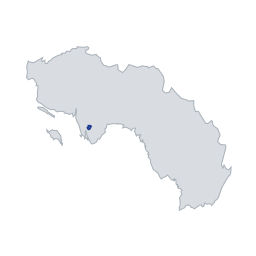 location of Upplands-Bro, Stockholm, Sweden, rotated 95°
{"feature_id": "70781695B36454711221889", "entity_name": "Upplands-Bro", "entity_type": "district", "adm_level": 2, "iso_a3": "SWE", "parent_name": "Sweden", "parent_adm1": "Stockholm", "projection": "robinson", "projection_center": [17.683, 59.545], "detail": "fine", "context": "in_parent", "style": "filled", "palette": "blue", "viewbox_px": 256, "rotation_deg": 95, "n_neighbors": 0, "source": "geoboundaries", "source_scale": "gbopen_adm2", "svg_char_len": 4400}
<svg xmlns="http://www.w3.org/2000/svg" viewBox="0 0 256 256"><g transform="rotate(95 128 128)"><path d="M53.5,174.9L54.4,176.9L56.6,176.7L57.5,175.2L58.7,170.8L57.5,165.9L59.4,164.2L60.7,161.6L63.7,160.8L67.6,157.7L68.1,154.6L69.1,152.4L66.1,145.5L65.9,143.8L70.9,142.9L73.2,138.3L69.9,135.4L64.7,132.6L66.8,123.8L64.8,119.1L65.1,117.1L64.9,114.0L66.3,112.7L63.9,108.2L66.5,105.1L66.1,103.5L73.6,97.2L78.5,96.0L87.3,97.0L89.5,94.5L89.7,93.1L88.9,90.0L84.0,88.1L89.6,82.5L93.9,77.2L94.9,72.0L95.9,69.9L95.0,64.9L100.7,64.3L105.8,62.3L105.2,59.5L116.5,51.1L116.8,49.6L116.0,48.2L113.4,45.6L114.2,44.4L117.2,43.8L118.6,42.6L120.9,38.7L127.0,35.6L133.6,37.6L136.5,34.1L136.4,29.3L138.8,28.8L156.6,31.8L159.6,30.0L156.5,29.1L159.5,27.1L160.4,25.9L160.7,24.5L160.5,23.7L158.0,21.9L163.6,21.7L166.7,22.6L167.0,23.6L179.2,29.4L188.9,31.7L191.7,33.3L192.7,35.1L194.2,35.2L196.1,36.8L197.9,37.8L196.5,39.0L196.6,41.6L197.1,42.8L196.2,45.1L199.4,45.7L200.0,47.1L198.3,48.5L198.6,50.0L202.8,54.8L201.8,56.3L201.6,58.2L199.8,59.7L199.5,61.1L199.9,63.0L200.6,64.0L202.4,64.6L205.5,69.7L202.5,70.0L200.1,69.3L194.8,70.0L193.4,70.7L189.2,68.7L186.9,69.8L185.3,68.8L184.0,70.5L183.7,72.8L181.8,72.6L182.5,73.4L179.9,73.7L179.7,74.1L180.3,74.7L179.5,75.3L175.9,75.6L175.4,76.3L176.5,77.2L176.5,77.8L174.1,76.9L175.8,78.6L176.1,79.8L171.2,84.6L172.9,85.9L174.3,88.7L175.8,90.0L175.2,91.3L170.1,94.4L167.2,99.2L160.7,102.4L157.3,103.2L155.1,105.5L152.5,104.8L152.4,106.1L150.7,105.3L149.3,107.3L147.0,109.0L144.4,108.7L144.1,109.0L144.9,109.5L141.9,110.0L141.0,111.7L138.8,112.2L138.5,112.8L140.7,112.9L140.3,114.3L137.7,115.1L136.8,116.0L135.7,116.0L135.9,115.3L134.2,115.3L133.7,114.5L133.3,114.7L134.5,117.1L133.6,118.0L135.2,118.9L130.6,121.3L127.8,120.4L127.4,121.1L128.0,123.1L130.4,124.6L128.9,125.7L127.3,130.3L128.4,133.2L125.2,132.6L125.4,133.6L124.4,134.9L124.8,136.7L124.4,137.9L125.2,139.0L124.7,139.5L125.2,144.6L126.1,146.7L125.8,148.5L127.1,149.4L129.9,149.6L130.7,151.0L134.3,150.2L136.8,153.0L141.7,155.4L141.4,157.0L144.5,158.1L146.3,160.3L147.0,162.1L146.8,163.3L142.0,166.4L138.3,168.4L134.5,169.7L134.7,170.2L136.5,170.4L141.1,168.9L142.5,170.2L140.0,170.8L139.5,172.6L138.4,173.7L128.2,177.7L126.9,179.0L122.3,181.0L114.1,180.9L112.9,181.3L119.9,182.1L121.6,183.6L118.2,184.6L119.7,188.1L118.8,189.0L118.7,192.9L117.5,193.0L117.0,194.6L117.5,198.5L118.1,199.6L117.9,200.7L115.9,203.4L116.5,206.6L114.2,212.3L111.7,215.7L109.7,220.2L107.5,221.8L105.0,220.8L101.2,221.3L94.4,221.2L93.5,221.6L94.0,223.2L91.5,223.0L87.1,226.5L86.9,228.1L88.6,231.4L86.4,233.5L81.7,233.0L75.5,234.3L70.0,233.2L70.7,232.1L71.3,227.8L65.2,219.1L68.2,220.0L69.4,219.5L67.7,216.7L70.2,216.5L71.0,215.5L70.6,213.8L68.6,213.1L66.8,210.5L65.0,209.2L61.8,204.0L60.7,200.5L59.5,200.8L58.7,196.7L56.9,196.1L56.7,192.0L54.8,191.5L53.6,189.7L53.5,186.1L51.3,185.6L51.7,183.9L51.2,177.6L50.5,175.6L51.2,174.2L52.4,174.1L53.5,174.9ZM148.3,194.2L147.3,194.6L146.7,195.7L145.1,196.3L144.8,199.9L146.3,201.2L144.8,201.8L143.7,203.8L141.0,205.0L139.8,206.3L139.2,208.0L136.8,208.9L138.6,206.3L136.3,203.3L136.9,202.2L136.7,198.7L141.6,194.3L143.9,193.8L145.0,194.2L145.4,193.2L146.1,192.9L148.3,194.2ZM116.4,219.1L115.2,219.8L114.8,218.8L115.0,214.6L117.8,209.6L119.0,209.2L122.4,202.5L122.8,202.1L123.9,202.5L123.1,203.1L123.1,204.3L121.0,207.9L120.4,210.2L119.6,210.8L116.4,219.1ZM149.3,192.8L149.1,193.8L147.9,193.0L149.1,191.9L151.5,192.2L149.3,192.8ZM143.5,166.9L141.9,168.4L141.6,167.8L141.9,167.0L143.5,166.9ZM140.0,175.0L139.2,175.1L139.8,174.0L140.9,173.8L140.0,175.0Z" fill="#d9dde1" stroke="#a8b0b8" stroke-width="1"/><path d="M128.9,167.1L129.1,167.5L129.3,167.6L129.5,167.6L129.4,167.6L129.5,167.4L129.7,167.5L129.7,167.8L129.8,167.9L130.0,167.9L130.0,167.7L129.9,167.7L130.0,167.6L130.3,167.5L130.5,167.5L130.8,167.7L130.9,167.8L131.0,168.0L131.1,168.3L131.4,168.3L131.5,168.5L131.6,168.4L131.7,168.2L131.7,167.9L131.8,167.8L131.8,167.7L132.0,167.7L132.0,167.8L132.3,167.9L132.3,167.6L132.4,167.3L132.5,167.2L132.8,167.0L132.7,166.9L132.6,166.7L132.4,166.3L132.5,166.3L132.5,166.2L132.4,166.0L132.3,165.9L132.2,165.8L131.8,165.8L131.7,165.7L131.3,165.6L131.2,165.5L130.9,165.5L130.7,165.4L130.5,165.2L130.3,165.2L130.2,165.1L129.9,165.0L129.7,165.0L129.6,164.9L129.5,165.1L129.1,165.2L128.9,165.5L129.0,166.0L129.3,166.1L129.4,166.3L129.2,166.9L128.9,167.1Z" fill="#3b82f6" stroke="#1e3a8a" stroke-width="1.5"/></g></svg>